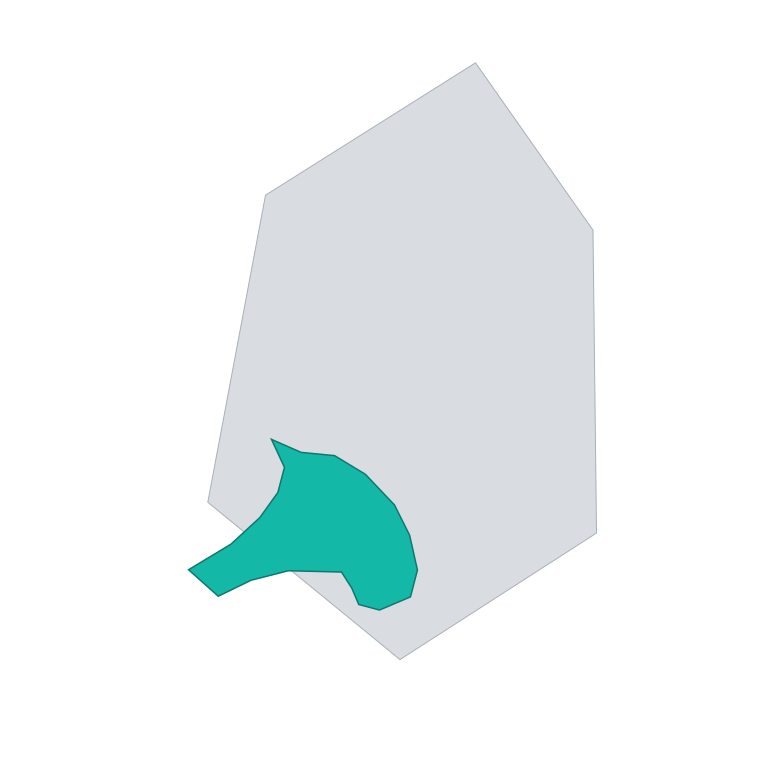 San Marino highlighted on a map of San Marino, rotated 337°
{"feature_id": "SMR-4884", "entity_name": "San Marino", "entity_type": "state/province", "adm_level": 1, "iso_a3": "SMR", "parent_name": "San Marino", "parent_adm1": "", "projection": "mercator", "projection_center": [12.418, 43.922], "detail": "fine", "context": "in_parent", "style": "filled", "palette": "teal", "viewbox_px": 768, "rotation_deg": 337, "n_neighbors": 0, "source": "natural_earth", "source_scale": "10m", "svg_char_len": 569}
<svg xmlns="http://www.w3.org/2000/svg" viewBox="0 0 768 768"><g transform="rotate(337 384 384)"><path d="M521.4,604.2L291.0,643.9L175.6,424.0L348.7,163.9L593.7,124.1L636.5,324.0L521.4,604.2Z" fill="#d9dde1" stroke="#a8b0b8" stroke-width="1"/><path d="M148.5,514.6L131.5,478.6L180.6,471.6L217.6,458.4L244.0,442.3L259.8,421.8L258.8,391.0L280.9,414.5L310.5,430.6L331.6,459.9L346.4,499.5L348.5,533.2L342.1,568.3L325.2,590.3L291.5,590.3L274.6,577.1L274.6,559.5L271.4,540.5L222.9,518.5L184.9,512.7L148.5,514.6Z" fill="#14b8a6" stroke="#0f766e" stroke-width="1.5"/></g></svg>